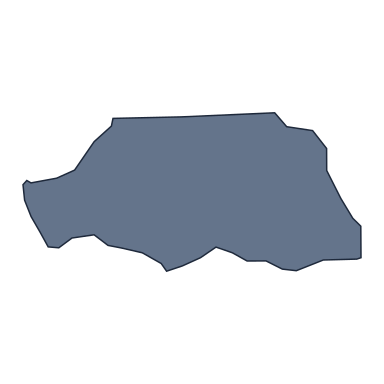 Härryda, Västra Götaland, Sweden
{"feature_id": "70781695B40038989009726", "entity_name": "Härryda", "entity_type": "district", "adm_level": 2, "iso_a3": "SWE", "parent_name": "Sweden", "parent_adm1": "Västra Götaland", "projection": "albers", "projection_center": [12.327, 57.685], "detail": "fine", "context": "isolated", "style": "filled", "palette": "slate", "viewbox_px": 384, "rotation_deg": 0, "n_neighbors": 0, "source": "geoboundaries", "source_scale": "gbopen_adm2", "svg_char_len": 610}
<svg xmlns="http://www.w3.org/2000/svg" viewBox="0 0 384 384"><path d="M26.8,180.5L23.0,184.7L24.6,200.2L31.1,216.6L40.1,232.2L48.2,246.9L58.8,247.8L72.0,238.0L94.1,234.8L108.0,245.4L121.0,247.9L142.3,252.8L161.2,263.5L166.6,271.2L182.4,265.9L200.5,257.7L216.0,247.1L232.4,252.8L247.1,261.0L266.0,260.9L282.3,269.1L296.3,270.7L323.3,260.0L356.8,259.1L361.0,257.7L360.8,226.2L352.8,218.3L340.8,198.4L326.7,170.5L326.6,148.5L312.6,130.6L286.7,126.7L274.7,112.8L181.1,116.9L113.0,118.4L111.4,126.1L94.2,141.6L74.6,170.1L56.6,178.2L31.0,182.9L26.8,180.5Z" fill="#64748b" stroke="#1e293b" stroke-width="1.5"/></svg>